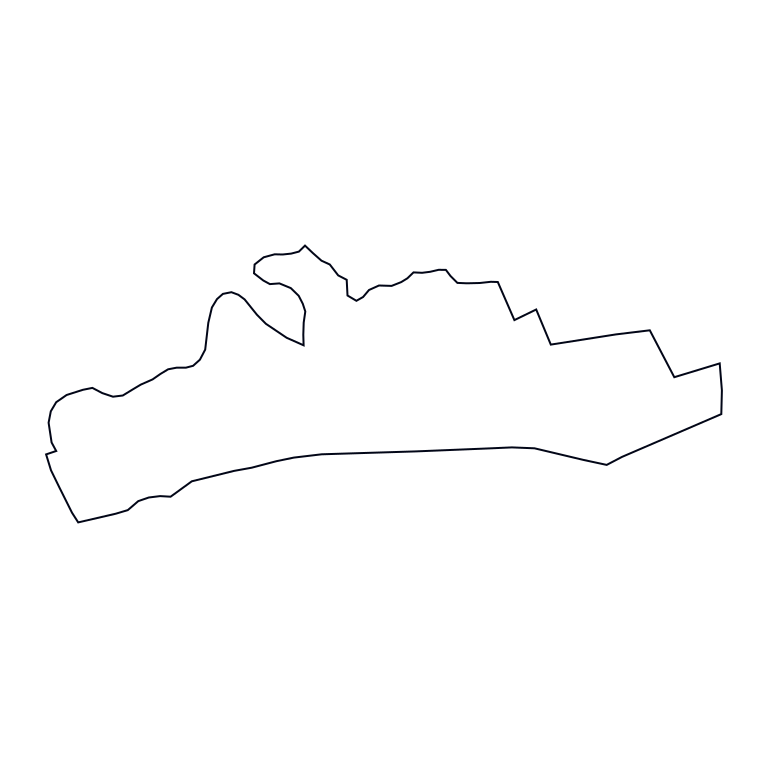 Kibra, Nairobi, Kenya (Natural Earth projection), rotated 180°
{"feature_id": "3690345B3888847045998", "entity_name": "Kibra", "entity_type": "district", "adm_level": 2, "iso_a3": "KEN", "parent_name": "Kenya", "parent_adm1": "Nairobi", "projection": "natural_earth1", "projection_center": [36.794, -1.304], "detail": "fine", "context": "isolated", "style": "outline", "palette": "ink", "viewbox_px": 768, "rotation_deg": 180, "n_neighbors": 0, "source": "geoboundaries", "source_scale": "gbopen_adm2", "svg_char_len": 1457}
<svg xmlns="http://www.w3.org/2000/svg" viewBox="0 0 768 768"><g transform="rotate(180 384 384)"><path d="M46.7,353.9L46.1,377.6L48.3,404.6L93.7,390.8L118.2,437.7L152.0,433.6L217.2,423.4L231.8,458.5L253.6,447.9L270.2,486.0L277.2,486.2L288.2,485.0L301.1,484.7L310.6,485.1L317.5,492.0L322.1,498.1L329.3,498.2L337.9,496.2L345.9,495.2L354.5,495.6L360.6,489.7L366.8,485.9L376.4,482.1L389.0,482.5L399.0,478.0L404.9,471.0L411.6,467.2L420.5,472.5L421.3,488.2L429.8,492.6L438.2,503.5L446.5,507.3L455.1,514.9L463.0,522.4L469.1,516.4L476.8,514.4L485.4,513.5L493.3,513.7L504.3,510.7L513.4,503.5L514.0,494.7L504.7,487.5L498.1,483.9L488.6,484.6L477.2,479.9L469.3,472.2L465.2,464.2L462.7,456.5L464.3,445.4L464.7,433.3L464.4,422.7L481.3,430.2L502.1,444.2L511.1,453.3L523.4,468.6L529.6,473.2L536.6,475.8L545.1,474.1L551.0,468.9L556.1,460.5L559.7,445.2L562.8,418.4L568.1,408.3L574.9,402.2L582.2,400.3L591.5,400.3L599.9,398.7L607.5,394.1L615.4,388.6L627.2,383.4L635.4,378.5L645.2,372.5L655.0,371.3L665.7,374.9L675.6,380.1L685.1,378.2L701.4,373.0L711.8,365.8L717.2,356.7L719.4,345.3L716.4,325.5L711.8,317.0L721.9,313.6L717.0,297.7L708.4,280.1L703.4,270.1L696.0,255.3L689.8,245.6L652.2,254.3L640.2,257.9L629.7,266.9L619.2,270.5L607.9,271.9L597.4,271.3L576.2,286.7L534.0,297.1L516.3,300.3L491.6,306.8L474.2,310.4L446.3,313.7L352.2,316.6L278.8,319.6L256.1,320.6L233.5,319.7L184.2,308.0L161.3,303.1L146.0,311.1L46.7,353.9Z" fill="none" stroke="#020617" stroke-width="2"/></g></svg>